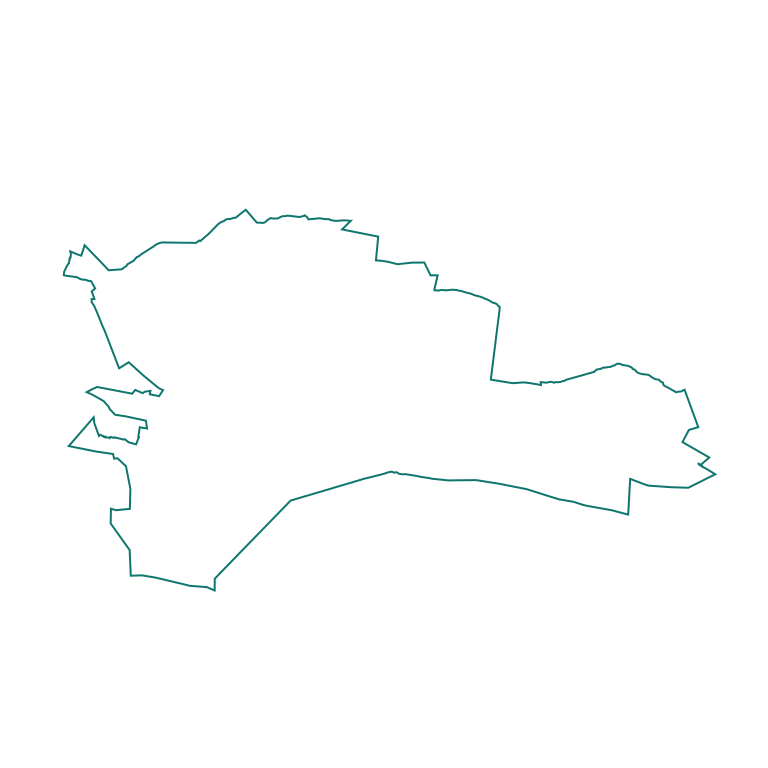 Arteaga, Coahuila, Mexico (Mercator projection), rotated 354°
{"feature_id": "50627088B72985207362422", "entity_name": "Arteaga", "entity_type": "district", "adm_level": 2, "iso_a3": "MEX", "parent_name": "Mexico", "parent_adm1": "Coahuila", "projection": "mercator", "projection_center": [-100.619, 25.345], "detail": "fine", "context": "isolated", "style": "outline", "palette": "teal", "viewbox_px": 768, "rotation_deg": 354, "n_neighbors": 0, "source": "geoboundaries", "source_scale": "gbopen_adm2", "svg_char_len": 5926}
<svg xmlns="http://www.w3.org/2000/svg" viewBox="0 0 768 768"><g transform="rotate(354 384 384)"><path d="M194.0,571.7L195.3,560.0L200.9,555.3L205.3,551.6L215.6,543.0L223.1,536.7L231.4,529.8L248.2,515.8L251.2,513.3L278.9,490.2L287.3,488.6L308.6,484.7L323.5,481.9L329.3,480.8L337.0,479.4L340.4,478.8L347.7,477.4L355.3,476.0L362.2,475.1L368.5,474.2L374.9,473.2L379.3,472.2L382.6,472.0L385.1,473.3L386.7,473.0L388.1,473.5L389.5,474.9L391.4,475.3L393.3,475.8L396.0,475.9L405.1,478.4L406.4,478.8L407.6,479.1L409.9,479.9L416.3,481.6L419.2,482.3L421.7,483.2L437.9,486.6L465.5,489.2L484.3,494.2L488.6,495.4L513.6,503.1L514.2,503.2L525.9,508.3L537.4,513.3L546.3,517.1L560.2,521.0L569.5,525.1L573.6,526.5L597.7,533.5L603.9,535.9L613.2,539.4L618.9,504.1L633.3,511.4L636.3,512.6L636.9,512.8L659.0,516.7L675.8,519.0L704.0,508.4L695.3,501.7L692.6,500.0L692.3,499.9L692.4,499.6L692.1,499.1L691.6,498.6L690.7,498.1L690.5,498.4L688.4,496.4L688.5,496.1L690.6,497.5L699.8,491.1L674.8,473.0L682.4,461.6L692.0,459.8L691.5,457.6L682.3,421.1L680.0,422.0L679.7,422.2L678.7,422.5L677.4,422.4L676.5,422.5L675.5,422.4L674.4,422.7L673.5,422.7L672.6,422.0L671.8,421.2L670.5,420.6L669.7,419.9L668.7,419.2L667.6,418.3L666.5,417.7L665.4,416.7L663.9,415.9L662.7,415.1L662.3,414.6L661.7,413.7L661.7,412.8L661.6,411.9L660.1,411.0L658.9,409.9L657.9,408.5L656.1,408.0L654.5,407.6L652.9,406.6L650.9,405.1L649.7,404.0L648.4,402.8L646.9,402.2L642.8,401.4L641.3,401.0L639.4,400.2L637.8,399.4L636.3,398.2L635.7,396.9L634.8,395.9L633.8,395.6L632.9,395.0L632.4,393.9L631.5,393.0L630.6,392.6L630.0,392.2L628.2,391.3L626.7,391.0L625.5,390.6L624.2,390.3L623.2,390.0L622.3,389.5L620.9,388.6L619.3,388.4L617.8,388.3L617.0,388.6L616.1,389.2L614.8,389.7L613.2,389.9L612.5,390.2L611.6,390.5L610.7,390.7L609.5,390.6L608.4,390.7L606.9,390.7L605.7,390.8L605.0,390.7L603.5,390.7L602.4,391.0L601.8,391.4L600.8,391.6L599.9,391.7L598.7,391.7L597.9,391.8L597.1,391.8L596.5,392.2L595.9,392.7L595.0,393.1L594.5,393.9L584.6,395.6L581.8,396.1L574.6,397.3L565.9,398.8L565.4,398.9L564.6,399.2L564.0,399.7L562.7,399.8L561.5,399.9L560.8,400.3L558.6,400.4L557.7,400.5L556.7,400.3L555.6,400.2L554.7,400.1L553.9,400.4L553.3,400.5L552.1,399.9L550.5,399.3L549.2,399.3L547.8,399.4L546.7,399.6L545.4,399.6L544.5,399.4L543.3,399.2L541.9,398.9L541.0,398.7L540.1,398.5L540.0,401.4L536.5,400.4L528.2,398.1L523.1,397.0L512.0,396.6L510.4,396.2L492.0,391.2L490.7,390.8L501.3,345.2L504.0,333.8L506.8,321.7L507.1,319.4L506.9,319.1L505.7,318.3L504.8,316.6L504.2,316.1L503.3,315.6L502.5,315.0L501.5,314.8L499.9,314.0L497.4,311.9L496.7,311.5L495.8,311.0L495.0,310.5L493.9,310.0L492.9,309.5L492.4,309.0L491.4,308.4L490.6,308.2L489.8,307.8L488.5,307.1L487.0,306.5L486.4,306.3L485.3,306.0L484.3,305.5L483.0,305.0L481.5,304.2L480.2,303.5L478.9,302.9L478.1,302.6L477.2,302.3L476.6,302.1L475.6,301.8L473.7,300.9L472.4,300.4L471.0,299.8L469.9,299.4L468.5,299.0L467.4,298.7L466.5,298.3L465.1,298.0L463.5,297.6L462.7,297.5L461.1,297.4L459.8,297.3L458.0,297.4L456.6,297.4L456.3,297.3L455.5,297.3L453.8,297.0L452.8,296.8L451.7,296.5L451.1,296.5L450.2,296.5L449.5,296.6L448.8,296.8L446.9,296.6L445.0,296.2L444.0,296.0L444.1,294.9L448.7,281.5L441.6,280.8L436.8,267.4L424.2,266.2L410.1,266.3L400.5,262.8L394.4,261.2L388.9,260.2L392.2,244.1L393.6,236.8L380.7,232.8L370.4,229.6L358.5,225.9L367.9,218.3L366.6,218.2L365.4,217.6L362.9,217.3L361.0,217.1L358.6,216.9L355.5,216.9L352.6,216.7L351.5,216.4L349.8,215.9L347.6,215.2L346.8,214.4L342.3,213.8L337.2,212.4L329.6,212.4L326.1,212.4L325.0,210.2L322.9,208.0L322.0,208.4L320.2,208.7L318.2,209.0L317.1,209.0L316.0,208.8L308.7,207.1L305.7,206.5L302.9,206.7L300.5,206.5L295.2,208.3L290.7,207.8L288.7,207.1L285.1,208.8L283.7,210.0L282.6,210.6L281.3,211.1L280.2,211.1L274.3,210.1L264.8,196.3L260.2,199.0L254.0,203.1L252.1,203.0L247.9,203.9L245.8,203.5L243.3,204.1L241.8,205.3L239.4,205.7L235.9,207.6L225.0,216.6L216.1,222.7L215.2,222.0L211.9,224.0L198.0,222.4L177.8,220.0L175.2,220.4L172.0,221.4L169.6,222.9L156.2,229.6L153.2,231.5L151.4,231.9L148.0,235.2L141.2,238.2L140.5,239.4L135.1,242.5L131.8,242.4L122.1,242.1L100.8,214.7L98.5,219.8L96.3,224.7L93.7,223.6L89.1,221.1L85.9,219.3L86.2,222.5L86.1,222.8L86.0,223.2L85.9,223.6L85.7,224.5L85.5,225.2L85.1,226.0L84.8,225.8L84.7,226.1L84.2,227.1L84.1,227.9L84.0,228.6L83.8,229.2L83.3,230.1L83.3,231.1L82.4,231.7L82.0,232.2L81.5,232.9L81.3,233.1L80.3,234.5L79.7,235.6L79.1,236.6L78.9,237.0L78.5,237.5L78.3,237.9L78.1,238.2L77.7,238.7L77.7,238.9L77.5,239.7L77.4,239.9L77.3,240.5L77.1,241.1L76.9,242.3L77.7,242.7L78.6,242.9L79.4,243.1L80.4,243.4L82.9,244.0L84.5,244.4L87.5,245.1L89.0,245.5L89.3,245.5L89.7,245.8L90.8,246.5L91.2,246.6L91.9,247.1L92.9,247.9L95.4,248.7L96.9,249.0L98.2,249.2L99.0,249.6L100.7,250.5L101.6,250.6L102.4,250.9L103.5,251.2L106.7,258.8L103.0,261.4L103.6,263.8L104.9,269.2L103.3,269.1L102.1,269.0L101.9,271.1L101.7,271.8L103.7,275.7L103.8,275.8L104.0,276.2L105.0,279.5L105.4,280.6L107.2,286.7L108.9,292.7L109.0,292.9L109.5,294.8L110.0,296.6L110.4,298.0L110.6,298.4L110.7,298.8L110.8,298.8L112.0,302.7L122.2,340.7L132.4,335.7L145.8,350.6L159.6,364.6L163.6,367.0L161.6,369.5L159.0,372.6L150.0,369.7L151.0,366.4L145.1,366.7L143.0,367.9L136.0,363.9L132.5,367.3L98.5,357.0L93.4,358.6L87.5,361.0L92.8,364.1L103.4,371.7L108.2,378.4L108.5,380.2L113.4,386.5L123.2,389.0L143.4,395.6L143.7,403.5L136.6,401.5L134.1,411.0L134.7,411.3L131.1,418.1L124.0,415.3L120.7,412.0L120.1,411.8L119.7,411.8L119.3,412.1L115.5,410.7L110.6,408.9L109.8,409.4L106.8,408.1L105.7,409.0L105.5,408.4L103.1,408.4L100.9,407.8L101.2,407.2L99.6,407.0L99.3,406.3L98.4,406.2L96.7,404.8L95.7,405.2L95.1,405.8L91.8,392.7L91.8,386.8L64.0,412.8L90.3,421.0L107.2,425.3L107.8,430.1L111.2,430.0L118.8,438.8L119.7,449.1L120.8,462.0L119.6,470.8L118.2,481.6L104.2,481.5L99.4,479.5L97.6,494.2L113.7,522.6L112.1,548.2L123.3,549.0L136.3,552.6L142.1,554.6L152.9,558.4L161.5,561.4L169.8,564.4L186.6,567.5L194.0,571.7Z" fill="none" stroke="#0f766e" stroke-width="2"/></g></svg>